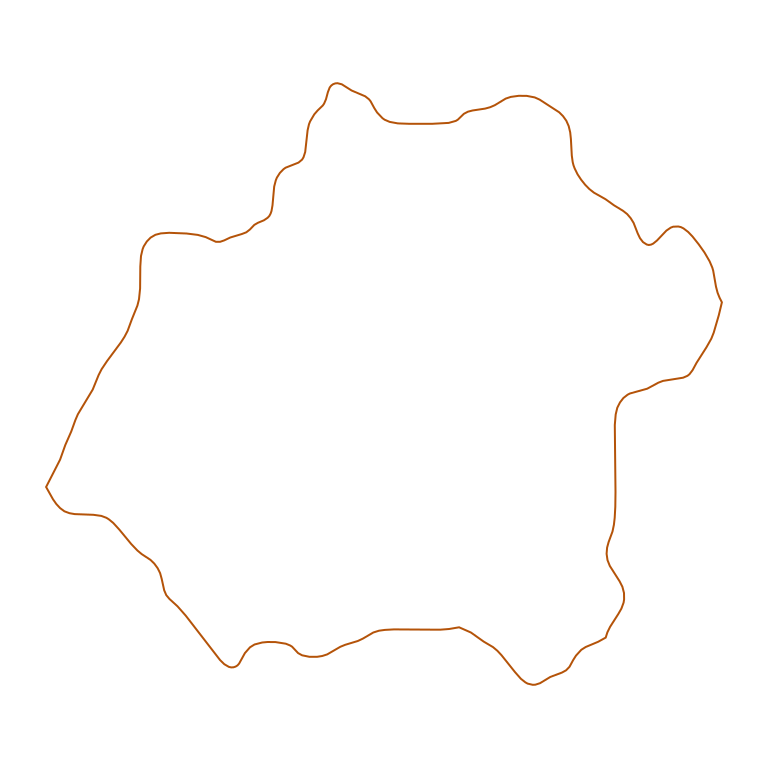 El Valle, Hato Mayor, Dominican Republic (Equal Earth projection)
{"feature_id": "3306468B49446780717545", "entity_name": "El Valle", "entity_type": "district", "adm_level": 2, "iso_a3": "DOM", "parent_name": "Dominican Republic", "parent_adm1": "Hato Mayor", "projection": "equal_earth", "projection_center": [-69.377, 18.943], "detail": "fine", "context": "isolated", "style": "outline", "palette": "amber", "viewbox_px": 768, "rotation_deg": 0, "n_neighbors": 0, "source": "geoboundaries", "source_scale": "gbopen_adm2", "svg_char_len": 3239}
<svg xmlns="http://www.w3.org/2000/svg" viewBox="0 0 768 768"><path d="M721.9,302.3L719.6,297.8L717.6,292.8L716.0,286.7L713.2,270.7L712.3,267.6L709.6,261.3L704.5,252.5L698.7,244.3L692.5,236.5L688.2,232.0L683.5,228.4L680.9,227.1L678.3,226.5L673.2,226.7L670.8,227.6L666.4,230.6L657.0,240.5L653.2,243.6L651.1,244.6L648.8,245.0L646.7,244.5L643.0,242.1L640.0,238.2L637.7,233.4L633.6,222.9L630.7,218.2L627.2,214.1L623.0,210.8L614.0,205.3L605.5,199.2L594.0,192.7L589.4,189.1L585.1,184.7L581.2,179.8L577.6,174.4L574.7,168.5L573.5,165.3L572.7,162.1L571.8,155.6L570.9,139.0L570.2,132.4L568.7,126.1L566.3,120.7L563.0,116.1L559.2,112.3L539.6,99.6L534.7,97.4L526.8,95.9L518.8,95.8L510.8,96.9L505.7,98.6L494.8,105.2L490.2,107.2L485.1,108.6L472.5,110.5L467.9,111.7L463.9,113.8L457.8,119.7L455.8,120.9L448.7,122.9L432.2,123.8L409.2,123.8L397.9,123.4L389.7,121.9L384.6,119.7L382.5,118.2L377.1,112.5L374.3,108.1L370.6,101.3L369.0,99.3L365.2,96.3L351.6,90.5L341.8,84.3L337.5,83.2L335.3,83.4L333.1,84.2L331.2,85.6L329.7,87.5L327.9,92.1L326.0,99.2L324.1,103.6L322.8,105.5L317.7,110.4L314.3,114.3L310.1,121.4L309.0,124.2L307.6,130.3L305.2,152.0L303.5,157.3L302.1,159.6L298.5,162.6L285.6,167.7L283.5,169.2L279.9,172.9L276.9,177.6L275.8,180.3L274.2,186.5L272.5,205.3L271.5,211.0L270.6,213.6L269.3,216.0L267.6,217.8L263.9,220.3L257.9,222.8L254.3,224.9L249.9,229.5L246.3,232.3L241.9,234.0L230.3,237.5L224.2,240.4L220.1,241.8L215.9,241.8L205.7,237.1L197.8,234.9L186.5,233.5L169.2,232.8L160.8,233.4L155.4,234.8L150.6,237.6L146.8,241.5L143.7,246.4L142.6,249.2L141.0,256.0L140.3,266.6L140.1,288.5L139.0,299.2L137.4,305.6L131.9,319.2L127.6,330.9L124.5,336.8L120.9,342.4L107.1,361.0L101.6,369.2L98.6,375.1L92.7,389.6L77.9,414.2L75.4,420.0L71.2,431.6L65.3,445.0L60.1,459.6L46.1,487.0L53.0,499.3L56.3,504.0L60.1,508.1L64.4,511.3L69.5,513.2L74.7,514.1L93.4,514.8L101.3,515.9L106.4,517.8L108.8,519.3L113.3,523.0L119.4,529.7L131.2,544.0L137.4,550.5L141.7,554.1L150.5,559.9L154.3,563.6L157.6,568.1L160.1,573.1L161.7,578.9L164.2,590.3L166.3,595.2L169.5,599.0L177.4,606.2L185.7,615.6L220.1,660.1L224.3,664.2L228.9,666.9L231.2,667.4L233.4,667.3L235.6,666.6L237.5,665.4L239.1,663.6L244.9,653.1L250.0,647.3L254.5,644.5L262.2,642.5L267.6,642.0L275.6,642.1L285.8,643.7L290.2,645.5L292.1,646.7L298.1,653.1L302.1,655.3L309.4,656.8L317.1,656.8L322.2,656.0L327.2,654.4L340.3,646.8L345.2,644.8L357.8,641.0L362.9,638.6L373.3,632.5L379.0,630.7L384.9,629.9L394.0,629.4L440.1,629.7L449.1,629.0L459.1,627.3L470.9,632.5L483.7,641.6L493.0,647.1L497.4,650.8L501.5,655.2L515.0,672.1L520.9,678.8L525.3,682.3L527.6,683.6L532.7,684.8L535.3,684.7L540.0,683.2L550.4,676.9L561.9,672.6L566.1,670.3L569.5,666.8L573.2,660.0L576.0,655.6L581.3,649.8L585.7,647.0L598.1,641.8L605.7,637.6L607.4,632.3L610.1,626.8L618.3,614.0L621.4,608.6L623.6,602.6L624.1,599.4L624.0,593.0L622.4,586.8L619.6,581.3L609.8,565.9L607.5,560.1L606.6,553.8L607.1,547.6L608.6,542.1L612.5,531.5L613.9,524.8L614.7,517.8L615.3,506.8L615.5,492.0L614.8,425.0L615.7,414.4L617.3,407.7L620.0,402.4L623.4,398.0L627.6,394.7L629.9,393.5L647.2,388.7L658.3,382.7L663.0,380.9L683.1,377.7L687.5,375.8L689.5,374.2L692.6,370.1L696.5,362.9L706.5,347.2L711.3,338.7L713.7,332.7L718.8,315.2L721.9,302.3Z" fill="none" stroke="#b45309" stroke-width="2"/></svg>